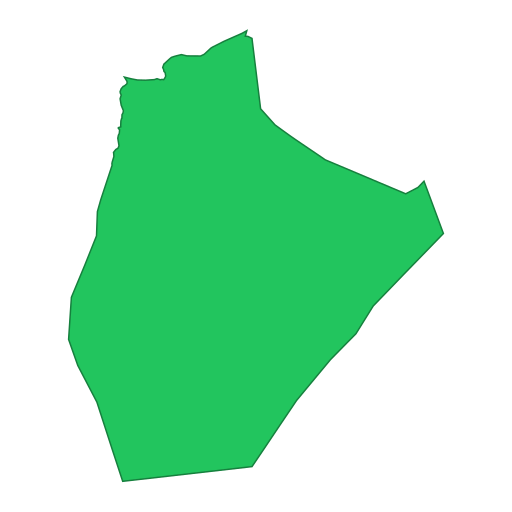 the district of Santa Catarina Mechoacán, Oaxaca, Mexico
{"feature_id": "50627088B17186904651787", "entity_name": "Santa Catarina Mechoacán", "entity_type": "district", "adm_level": 2, "iso_a3": "MEX", "parent_name": "Mexico", "parent_adm1": "Oaxaca", "projection": "mercator", "projection_center": [-97.846, 16.342], "detail": "fine", "context": "isolated", "style": "filled", "palette": "green", "viewbox_px": 512, "rotation_deg": 0, "n_neighbors": 0, "source": "geoboundaries", "source_scale": "gbopen_adm2", "svg_char_len": 1400}
<svg xmlns="http://www.w3.org/2000/svg" viewBox="0 0 512 512"><path d="M424.0,181.2L418.0,187.4L405.7,193.8L325.2,159.8L323.4,158.5L301.1,143.4L300.5,143.0L294.5,138.9L290.9,136.4L283.4,131.0L275.0,124.9L260.6,108.8L254.3,57.3L252.3,41.0L252.0,38.4L247.9,36.4L245.3,36.2L246.8,30.7L242.1,33.3L224.0,41.3L212.5,47.1L210.9,48.1L204.2,54.3L200.6,56.0L186.9,55.9L181.4,54.6L176.5,55.8L174.0,56.5L171.4,57.4L169.7,58.8L163.9,64.1L162.7,67.5L163.6,69.5L164.0,71.5L165.1,72.5L165.7,76.0L165.3,77.2L163.7,79.7L162.0,79.4L160.3,79.8L157.0,78.7L154.4,79.6L145.5,80.2L137.5,80.0L131.2,78.8L124.4,77.1L127.0,81.3L127.1,83.0L126.8,83.9L124.3,86.0L123.3,86.3L121.2,88.7L120.1,91.6L120.3,93.1L120.9,94.3L121.2,95.1L120.1,98.8L121.2,105.2L123.4,110.7L123.0,112.9L122.0,114.7L121.9,118.3L121.5,118.7L120.9,120.9L120.7,125.6L120.8,126.9L118.7,127.5L118.2,128.0L118.7,128.8L119.6,129.7L119.3,133.4L118.4,135.2L117.8,138.2L118.2,140.8L119.0,145.8L118.0,148.2L116.0,149.4L115.8,149.5L113.5,152.4L113.7,153.6L113.9,156.5L112.2,162.1L111.9,163.8L112.1,165.3L100.8,199.6L97.4,211.6L96.5,235.9L84.7,265.4L71.4,297.3L68.6,339.4L77.8,365.5L96.9,402.1L112.2,449.3L122.7,481.3L252.0,466.6L264.3,448.4L281.0,423.5L285.6,416.7L296.6,400.4L314.7,378.6L330.4,359.7L346.4,343.4L355.9,333.8L362.8,322.7L373.2,306.0L379.0,300.0L403.1,275.0L420.4,257.2L443.4,233.5L424.0,181.2Z" fill="#22c55e" stroke="#15803d" stroke-width="1.5"/></svg>